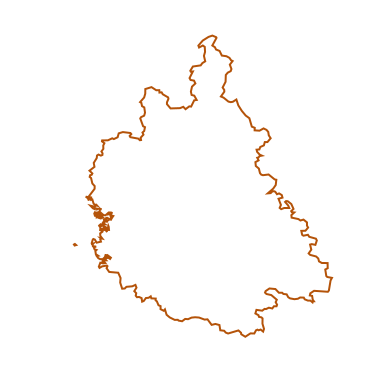 the border of Guangxi, rotated 81°
{"feature_id": "CHN-1152", "entity_name": "Guangxi", "entity_type": "Autonomous Region", "adm_level": 1, "iso_a3": "CHN", "parent_name": "China", "parent_adm1": "", "projection": "robinson", "projection_center": [108.679, 23.706], "detail": "fine", "context": "isolated", "style": "outline", "palette": "amber", "viewbox_px": 384, "rotation_deg": 81, "n_neighbors": 0, "source": "natural_earth", "source_scale": "10m", "svg_char_len": 6051}
<svg xmlns="http://www.w3.org/2000/svg" viewBox="0 0 384 384"><g transform="rotate(81 192 192)"><path d="M87.6,222.8L83.0,222.0L82.1,215.6L85.9,211.4L86.3,208.4L88.7,208.6L88.8,206.4L90.9,205.6L94.8,200.8L96.3,200.7L99.5,202.7L101.3,203.0L106.1,200.1L107.3,190.7L106.5,187.3L109.2,185.4L107.0,181.3L107.5,179.5L101.8,175.5L101.8,173.0L97.2,174.7L96.1,177.2L92.7,177.4L87.9,175.5L85.3,171.7L82.3,172.6L81.1,175.9L79.1,176.6L73.1,172.3L73.0,174.4L72.0,174.7L68.2,171.5L68.3,163.6L66.3,161.6L65.0,158.5L59.4,158.9L55.7,157.2L50.7,156.7L49.0,158.4L50.4,162.4L48.4,162.8L44.1,157.7L41.4,151.4L40.7,147.4L42.9,143.9L43.6,143.7L50.5,149.0L52.6,146.7L55.0,146.0L57.0,142.7L61.9,141.2L63.3,136.7L65.4,134.0L68.0,132.8L69.0,131.4L72.1,134.7L76.7,133.8L78.7,134.9L79.7,138.0L81.7,140.3L88.4,141.6L93.6,145.4L96.2,144.2L98.0,144.4L102.2,148.5L103.7,146.1L108.4,141.9L109.3,139.7L109.3,137.6L107.6,133.7L113.7,132.7L119.7,130.1L124.9,127.0L128.1,123.8L136.8,122.7L138.4,120.0L140.9,120.5L142.0,115.7L140.4,111.4L142.3,108.7L144.6,107.3L148.1,107.3L151.2,105.9L154.5,109.7L154.1,112.3L157.2,113.7L158.2,117.5L160.5,118.8L160.3,121.6L162.5,121.4L165.7,119.3L167.0,117.3L167.1,119.7L168.3,120.9L168.4,122.2L171.2,121.3L172.4,124.7L176.3,124.9L179.3,122.3L184.0,121.9L185.7,120.9L186.5,119.3L186.7,113.6L192.5,108.4L193.1,106.8L198.2,108.2L201.4,111.3L205.2,117.4L205.4,114.5L204.0,112.5L204.0,111.0L204.8,109.7L207.5,108.4L207.0,106.2L209.1,103.8L211.7,103.5L212.2,107.6L218.7,106.2L221.4,107.9L222.9,106.6L222.2,103.4L223.0,98.5L220.4,99.1L216.4,101.6L215.7,100.5L216.1,98.9L219.4,95.8L224.6,94.4L226.4,97.0L227.5,96.6L228.2,94.2L230.4,97.5L232.9,97.6L235.4,91.1L237.1,89.4L236.7,86.2L240.0,83.2L243.2,83.7L245.3,82.9L248.0,86.0L247.5,90.1L251.5,89.9L252.6,88.8L252.4,84.2L254.6,83.2L257.5,76.9L259.4,76.3L263.5,78.4L262.2,81.9L262.4,83.6L267.6,83.2L270.9,86.4L272.6,85.1L275.1,79.5L277.4,77.7L280.4,77.4L282.4,74.9L283.4,69.2L288.5,69.9L289.4,72.5L296.0,72.5L297.1,71.7L298.7,67.2L301.1,69.0L310.7,72.2L311.8,73.4L308.7,86.9L310.6,91.0L312.6,91.8L313.4,89.6L317.2,89.6L319.0,88.7L318.9,89.7L319.9,90.2L317.8,92.0L317.4,94.5L315.6,97.5L313.8,98.1L313.1,101.7L314.0,104.1L313.9,107.6L312.4,111.8L311.0,113.4L307.9,114.5L307.0,117.7L305.6,118.7L305.1,121.9L300.9,124.8L299.4,130.6L301.4,134.8L302.8,135.6L304.4,134.4L306.2,129.8L311.7,125.1L313.9,126.6L316.7,125.6L318.1,126.4L317.7,129.0L319.6,130.9L318.3,134.2L319.2,137.2L318.8,138.6L320.2,141.2L318.5,146.8L321.9,148.4L324.1,145.6L325.8,145.4L326.7,143.0L327.9,142.1L333.1,143.0L338.5,142.3L341.0,143.6L338.6,145.7L339.0,147.8L338.2,148.9L338.6,150.4L341.5,152.6L340.8,156.4L343.3,162.0L340.2,165.6L338.7,165.6L336.0,167.8L337.4,178.5L336.1,180.7L334.1,181.9L333.0,185.7L327.7,185.7L326.0,189.5L326.3,193.4L320.2,196.6L320.0,199.5L317.1,204.7L316.2,208.5L316.0,212.1L317.0,215.8L316.3,218.6L318.1,222.0L316.9,225.4L316.0,226.0L315.6,229.1L312.4,233.6L309.3,236.3L303.7,237.1L304.9,238.5L302.8,241.4L299.8,240.9L298.6,242.8L294.5,243.8L293.3,244.9L291.6,244.5L290.7,248.8L288.6,249.1L289.7,251.4L289.5,254.1L292.1,256.7L292.5,258.4L288.9,258.4L287.4,260.7L287.3,262.8L285.6,263.8L283.2,262.9L280.9,264.5L277.8,261.8L274.9,262.4L275.8,265.7L275.4,271.6L276.8,273.5L276.6,276.1L270.2,277.1L265.8,276.0L260.2,277.5L258.0,286.3L253.9,288.3L252.0,287.1L251.3,287.6L251.4,292.4L252.5,295.2L251.2,295.7L247.5,293.6L248.6,291.0L248.6,288.8L247.0,289.8L246.9,291.4L245.8,291.0L246.1,287.5L244.9,288.4L243.9,286.6L243.9,284.9L245.3,283.4L244.2,282.4L241.2,285.3L241.7,285.9L241.2,286.2L242.3,285.9L242.3,286.8L240.0,286.9L242.7,288.2L244.4,290.7L243.9,293.3L242.7,294.9L240.4,296.1L240.3,294.6L238.4,296.7L235.2,296.7L234.3,295.4L233.4,297.2L231.2,297.7L231.0,295.2L230.0,298.4L228.3,298.4L227.4,297.4L227.6,299.0L226.9,299.1L223.4,297.4L223.0,296.8L223.8,295.4L227.1,294.1L226.8,289.7L224.5,290.0L224.0,289.1L223.2,289.7L224.0,287.8L221.1,289.4L218.5,289.2L217.2,286.6L215.5,285.9L215.9,283.4L218.3,282.1L216.1,282.7L216.4,280.5L215.3,281.0L215.8,279.9L213.4,279.7L212.5,279.9L214.2,280.5L213.9,281.5L214.6,281.3L215.1,283.1L214.0,284.5L213.6,282.5L212.5,284.0L214.7,285.9L214.2,287.8L215.8,287.8L215.3,288.7L212.8,288.0L210.8,289.1L211.1,289.7L209.7,287.5L210.6,287.0L211.4,287.5L211.4,285.6L210.8,286.6L209.8,285.8L210.3,283.1L208.6,285.0L207.2,283.7L208.6,283.4L207.1,282.8L208.4,279.9L207.5,280.8L207.0,279.6L206.7,281.8L205.9,281.1L206.4,283.1L205.1,283.4L205.6,281.1L204.5,281.4L204.1,280.0L206.7,276.4L205.1,275.1L204.8,276.0L203.7,276.1L204.2,273.5L204.0,274.1L203.4,273.5L202.3,275.7L201.5,275.4L202.0,276.4L200.6,277.0L200.9,278.0L199.8,277.7L200.4,273.8L199.6,275.1L199.2,277.5L201.5,281.1L200.9,283.4L199.8,283.4L201.5,284.3L200.4,285.3L201.5,285.6L201.5,286.6L202.1,284.6L202.6,284.3L202.0,286.6L203.4,285.3L203.9,286.2L203.1,287.9L201.7,287.8L202.6,288.5L202.0,290.1L200.5,290.7L200.8,289.5L201.5,289.7L200.9,288.8L199.8,290.1L200.1,291.6L198.0,291.9L196.8,291.0L197.5,289.9L198.5,290.7L199.0,288.8L197.9,288.5L200.1,286.6L197.6,286.9L198.2,285.3L196.7,286.5L194.7,285.3L194.9,284.0L193.7,286.1L194.3,288.5L193.5,288.5L192.9,290.4L193.8,290.7L192.6,292.4L189.6,294.5L191.3,290.4L190.3,288.7L190.7,287.8L189.6,288.5L189.4,287.9L189.6,289.7L188.2,291.0L183.8,291.6L184.0,292.8L180.8,292.3L182.7,293.6L181.6,294.2L182.0,295.2L184.4,295.2L181.8,295.9L180.0,297.7L180.8,295.2L173.6,287.7L170.9,287.2L168.0,289.1L162.4,289.5L161.1,290.7L159.5,290.0L159.3,288.4L158.1,287.5L154.9,289.9L151.9,284.4L147.9,284.5L143.6,280.8L141.1,280.1L140.4,278.5L141.8,276.3L141.4,274.7L139.8,274.3L137.8,275.1L135.5,272.8L132.2,272.4L130.1,270.9L127.9,273.0L127.0,272.7L127.8,267.0L126.5,262.4L127.5,260.9L126.3,256.9L122.6,255.2L122.0,250.9L124.1,243.6L125.3,242.9L126.9,244.8L128.2,244.3L130.9,236.7L132.7,235.4L132.7,234.2L130.3,234.2L127.8,231.0L125.5,231.6L124.3,229.7L120.6,228.3L119.4,230.0L111.2,231.6L110.1,230.6L109.1,227.3L106.3,226.0L101.0,225.9L99.4,227.9L96.0,228.1L95.1,229.2L91.2,224.5L87.6,222.8ZM225.4,316.8L225.0,315.8L226.3,314.7L226.5,316.3L225.4,316.8Z" fill="none" stroke="#b45309" stroke-width="2"/></g></svg>